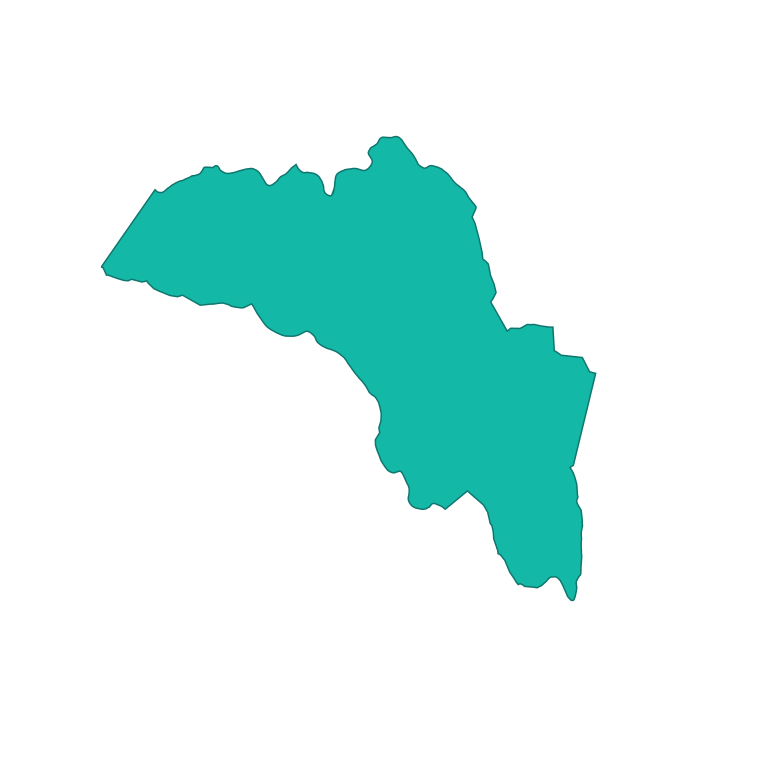 Blanchard, Vieux Fort, Saint Lucia, rotated 331°
{"feature_id": "8701671B33750138379558", "entity_name": "Blanchard", "entity_type": "district", "adm_level": 2, "iso_a3": "LCA", "parent_name": "Saint Lucia", "parent_adm1": "Vieux Fort", "projection": "equal_earth", "projection_center": [-60.946, 13.805], "detail": "fine", "context": "isolated", "style": "filled", "palette": "teal", "viewbox_px": 768, "rotation_deg": 331, "n_neighbors": 0, "source": "geoboundaries", "source_scale": "gbopen_adm2", "svg_char_len": 6171}
<svg xmlns="http://www.w3.org/2000/svg" viewBox="0 0 768 768"><g transform="rotate(331 384 384)"><path d="M194.1,154.4L195.1,154.6L201.3,161.7L206.7,167.3L210.3,169.7L214.0,170.0L221.7,177.4L226.5,178.9L226.5,180.6L227.2,183.3L228.9,188.9L232.2,193.6L234.2,196.0L239.7,202.8L245.6,207.5L250.9,208.7L261.4,225.9L265.2,227.6L270.9,230.0L273.8,231.5L278.4,233.2L282.3,235.0L286.5,239.2L288.3,242.1L291.1,244.5L295.7,248.0L298.1,249.2L303.4,249.5L307.1,249.8L307.3,251.0L307.3,257.3L307.3,260.9L308.1,269.0L308.6,273.2L309.2,276.4L310.3,279.2L311.4,281.5L312.9,283.9L315.0,287.2L318.4,291.7L321.3,294.5L323.2,295.5L325.1,296.7L326.7,297.6L328.7,298.6L330.6,299.2L333.5,299.8L337.3,299.9L339.6,299.9L341.7,300.2L342.4,300.6L343.1,301.4L343.5,301.8L344.1,302.6L344.9,304.1L345.3,305.3L346.1,307.8L346.4,309.8L346.0,312.2L345.9,313.9L346.4,316.3L347.5,319.0L348.5,320.9L349.8,322.8L351.7,325.4L353.1,326.8L354.3,328.1L356.1,330.2L357.5,332.0L358.7,334.0L359.5,335.6L360.2,337.5L360.8,338.8L361.3,339.9L361.9,341.7L362.3,344.4L362.5,346.6L362.5,348.7L362.7,350.2L363.0,352.6L363.8,359.6L364.9,365.5L365.3,367.8L365.6,368.6L366.4,372.3L367.1,377.2L367.1,384.5L368.5,388.3L369.7,390.1L370.3,393.2L370.3,397.6L369.2,402.2L367.2,408.7L363.4,414.8L358.2,419.9L356.7,424.4L349.4,428.6L347.0,433.2L346.2,436.7L345.7,439.4L345.4,441.6L345.3,443.2L344.6,447.1L344.3,449.9L344.3,451.1L344.5,454.0L344.7,456.7L344.9,458.1L345.1,459.6L345.7,461.9L346.7,463.7L347.9,465.1L349.3,466.4L351.0,466.9L352.2,467.1L354.5,467.5L355.9,468.1L356.3,468.8L356.7,470.7L356.7,473.1L356.6,475.3L356.2,479.0L356.0,481.9L356.0,483.8L355.7,486.2L355.4,487.4L354.2,489.8L353.1,491.5L351.7,493.4L350.6,494.6L349.9,495.5L349.2,497.0L348.9,498.4L348.7,500.0L348.9,502.3L349.4,504.3L350.3,506.0L351.7,507.9L353.9,509.8L355.2,510.9L356.9,512.3L360.4,513.6L362.3,513.4L363.9,513.7L365.3,513.0L366.4,512.7L367.9,512.1L369.4,512.4L370.5,513.2L373.6,517.0L375.1,519.0L376.0,521.0L376.8,523.2L405.1,518.0L412.4,538.1L412.5,546.5L410.2,554.4L409.3,557.5L409.7,560.3L407.8,566.5L404.9,572.6L403.4,581.3L403.0,582.6L403.0,584.3L401.5,587.7L403.0,589.7L404.2,596.9L402.8,609.4L403.4,616.3L403.6,621.4L404.2,624.5L406.3,624.7L408.2,627.3L408.7,629.1L416.3,634.2L419.2,636.5L421.8,636.5L423.9,636.7L430.6,635.2L431.7,634.7L434.2,633.9L436.1,633.7L440.5,635.7L442.0,637.8L442.9,641.6L442.7,647.7L442.0,654.9L441.6,659.0L442.2,661.8L442.9,664.1L444.3,664.9L445.4,664.9L448.1,662.6L451.7,658.5L454.1,655.2L454.6,653.6L455.6,651.2L456.3,650.0L457.6,649.1L459.1,648.1L461.0,647.0L463.4,646.1L464.3,645.1L468.1,638.7L471.8,633.1L473.6,630.2L475.1,626.7L476.0,625.3L477.3,622.4L480.0,617.6L481.6,615.4L483.3,611.7L484.5,609.5L488.0,605.2L488.8,604.4L490.0,601.7L491.2,599.6L494.1,592.7L494.6,591.3L494.8,590.8L495.2,590.2L495.0,583.3L495.2,582.0L495.7,579.8L496.3,579.0L498.8,576.9L499.4,574.8L503.0,567.3L504.2,564.3L505.8,557.6L506.4,553.4L506.4,549.0L506.1,547.2L510.2,546.9L574.3,477.3L572.0,475.3L570.8,473.9L569.7,473.0L570.3,457.0L552.9,444.7L551.4,441.4L550.2,439.2L549.1,437.4L559.3,416.1L556.5,414.6L550.0,409.8L544.0,404.6L541.4,403.4L538.1,401.4L529.8,401.4L527.5,399.9L521.8,396.7L517.4,397.5L517.1,364.0L520.4,362.4L526.3,358.4L528.6,350.4L529.8,340.8L530.6,338.3L533.4,329.7L532.5,326.1L531.0,322.6L533.4,317.0L537.5,303.4L541.4,287.9L542.0,280.7L549.4,275.1L550.4,273.7L550.1,271.0L550.0,270.5L549.5,268.3L549.1,265.6L548.9,264.4L548.6,262.4L548.5,260.5L548.5,258.9L548.5,256.4L548.3,254.7L547.7,252.5L547.1,251.0L546.3,249.4L545.5,247.2L544.6,245.3L543.7,242.9L543.2,240.8L542.8,238.8L542.3,235.0L541.9,232.8L541.6,231.3L541.0,229.4L540.2,227.8L539.2,225.6L538.7,223.9L536.9,221.5L535.7,220.0L533.5,217.9L531.8,216.2L529.6,215.3L527.9,215.3L526.4,215.5L524.5,215.1L523.5,214.5L522.5,213.0L521.6,211.5L520.8,209.7L520.4,208.1L520.6,205.7L520.6,204.1L520.7,202.8L520.7,202.1L520.6,201.4L520.6,199.1L520.3,196.0L519.7,193.5L519.3,191.4L518.8,189.3L518.5,187.1L518.4,185.4L518.1,182.8L518.0,179.8L517.5,177.6L516.6,175.5L515.6,174.2L514.3,173.3L512.3,172.6L510.5,172.3L509.0,171.6L507.8,170.9L506.6,170.1L504.7,168.9L503.1,167.8L501.7,167.3L500.1,167.3L498.7,167.9L497.3,168.7L495.8,169.8L494.0,170.6L492.1,170.8L490.1,171.0L487.6,170.9L486.1,171.4L485.2,171.9L483.0,173.4L482.3,174.2L481.9,176.0L482.2,181.5L482.0,182.6L481.5,183.9L480.6,185.0L479.3,186.0L477.7,186.8L476.4,187.4L474.8,187.9L472.5,188.2L470.8,188.0L469.2,187.1L468.1,186.1L464.8,182.6L463.5,181.7L462.3,180.9L460.8,180.3L459.0,179.7L457.5,179.0L453.9,177.7L451.6,177.6L449.9,177.2L447.5,177.2L446.1,177.3L444.6,177.7L443.5,178.3L442.7,178.9L441.5,180.2L439.7,182.7L438.8,183.8L436.7,187.0L435.9,188.0L435.2,188.7L433.9,190.4L432.9,191.5L433.0,190.8L431.4,192.2L430.6,192.8L430.2,193.2L429.6,193.7L428.8,193.6L428.1,193.3L426.8,192.0L426.4,191.5L425.6,190.1L425.2,188.8L425.1,187.3L425.2,186.2L425.5,185.0L426.0,183.8L426.6,182.8L427.3,180.5L427.8,177.0L427.9,175.7L427.8,174.0L427.7,171.6L427.3,170.0L426.8,168.8L425.5,166.6L423.5,164.7L421.0,162.9L419.8,161.9L418.4,161.2L417.3,160.9L416.6,160.5L415.7,159.7L414.9,158.6L414.2,157.1L413.7,155.6L413.4,153.7L413.4,152.4L413.4,151.2L413.5,149.4L410.2,149.9L409.3,150.0L408.2,150.1L407.2,150.5L406.6,150.7L404.8,151.3L402.7,152.0L400.1,152.7L399.7,152.8L397.7,152.7L396.0,152.6L394.0,152.6L391.9,153.3L389.4,154.4L387.4,155.0L385.1,155.3L382.8,155.6L380.8,155.3L379.4,154.6L378.8,153.7L378.1,152.2L377.8,150.7L377.8,148.8L377.7,145.4L377.6,141.7L377.5,139.7L377.0,137.3L376.4,136.0L375.8,134.9L373.9,132.3L373.0,131.5L371.9,130.9L370.3,130.3L367.7,129.2L360.6,127.4L355.5,126.4L351.0,124.9L348.5,123.6L347.0,122.0L345.7,120.1L345.0,118.8L344.4,117.3L344.5,115.4L344.3,113.6L344.0,112.6L343.0,111.6L341.5,111.3L339.9,111.7L339.6,112.0L336.5,109.9L332.8,107.7L331.7,107.4L330.9,107.7L329.8,108.4L329.1,109.0L327.3,109.8L325.7,110.6L323.7,110.8L320.2,110.2L318.5,109.5L317.1,108.9L314.8,109.0L312.1,108.8L310.4,108.5L306.8,108.4L304.0,107.6L301.3,107.3L298.9,107.2L297.3,107.3L295.8,107.2L293.3,107.5L291.5,107.9L289.6,108.0L285.4,109.0L282.9,109.0L281.5,108.3L280.0,107.2L279.0,106.3L277.9,103.1L194.4,144.1L193.7,145.1L194.7,145.9L194.1,154.4Z" fill="#14b8a6" stroke="#0f766e" stroke-width="1.5"/></g></svg>